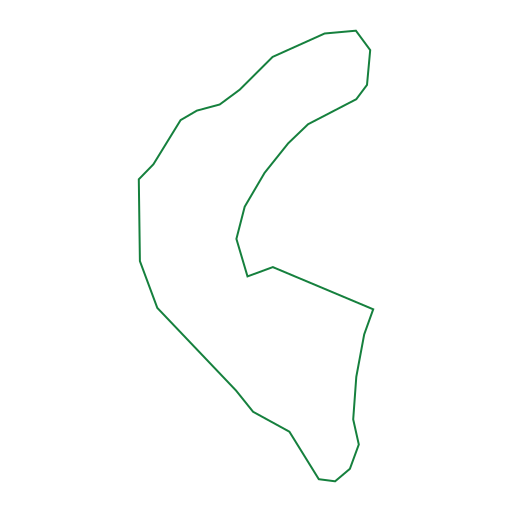 the Metropolitan department of Hauts-de-Seine
{"feature_id": "FRA-5306", "entity_name": "Hauts-de-Seine", "entity_type": "Metropolitan department", "adm_level": 1, "iso_a3": "FRA", "parent_name": "France", "parent_adm1": "", "projection": "orthographic", "projection_center": [2.26, 48.844], "detail": "fine", "context": "isolated", "style": "outline", "palette": "green", "viewbox_px": 512, "rotation_deg": 0, "n_neighbors": 0, "source": "natural_earth", "source_scale": "10m", "svg_char_len": 516}
<svg xmlns="http://www.w3.org/2000/svg" viewBox="0 0 512 512"><path d="M288.2,143.3L264.6,172.8L244.7,206.7L236.4,238.9L247.5,276.4L272.8,267.1L373.2,309.3L364.2,334.4L356.3,376.8L353.2,419.4L358.8,444.5L349.9,468.8L335.1,481.3L318.8,479.2L289.4,431.7L253.1,411.8L236.0,390.5L157.3,307.9L139.9,261.1L138.8,179.3L153.4,164.3L180.6,120.1L196.9,110.6L219.7,104.5L239.7,89.7L272.6,56.9L324.6,33.5L355.9,30.7L370.2,50.1L367.0,84.9L356.3,99.2L308.1,124.2L288.2,143.3Z" fill="none" stroke="#15803d" stroke-width="2"/></svg>